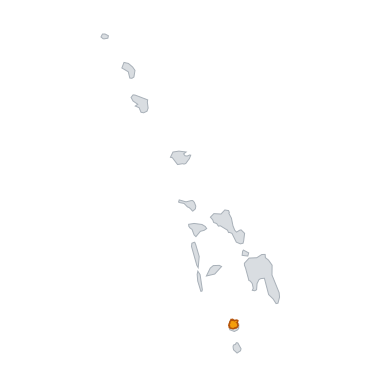 location of Gaua, Torba, Vanuatu, rotated 176°
{"feature_id": "77236927B45015777626882", "entity_name": "Gaua", "entity_type": "district", "adm_level": 2, "iso_a3": "VUT", "parent_name": "Vanuatu", "parent_adm1": "Torba", "projection": "orthographic", "projection_center": [167.515, -14.284], "detail": "fine", "context": "in_parent", "style": "filled", "palette": "amber", "viewbox_px": 384, "rotation_deg": 176, "n_neighbors": 0, "source": "geoboundaries", "source_scale": "gbopen_adm2", "svg_char_len": 4264}
<svg xmlns="http://www.w3.org/2000/svg" viewBox="0 0 384 384"><g transform="rotate(176 192 192)"><path d="M122.7,84.3L125.8,100.9L129.5,100.8L131.3,99.9L133.5,96.1L134.4,90.0L136.3,89.1L138.7,89.7L137.6,91.7L138.3,96.5L140.2,99.2L141.4,99.7L143.9,112.5L144.8,115.2L144.7,117.3L139.6,122.1L132.0,121.9L126.7,124.8L123.4,124.6L123.4,121.4L120.5,118.8L117.2,113.4L118.0,103.6L112.1,85.5L112.0,81.0L114.0,75.1L115.9,74.8L118.6,79.7L122.7,84.3ZM155.0,147.9L157.2,149.0L158.4,149.0L159.2,151.4L166.1,156.3L168.0,156.1L169.6,158.8L172.5,160.1L173.3,162.8L175.4,165.6L171.7,168.9L164.6,168.0L160.5,171.8L156.8,170.9L156.2,168.9L156.7,168.2L154.5,163.1L153.5,155.4L152.0,150.8L150.4,148.9L147.0,150.6L145.7,150.8L142.4,147.1L143.9,139.5L144.7,137.3L147.4,136.9L151.3,138.9L155.0,147.9ZM246.2,290.6L244.0,293.0L242.1,292.7L229.8,287.0L230.3,284.7L229.9,278.8L231.3,275.7L234.7,274.4L237.3,275.1L238.9,279.8L242.6,281.7L240.0,283.3L244.5,286.9L246.2,290.6ZM204.5,220.4L209.2,227.6L211.1,228.1L208.2,233.2L202.2,233.7L195.1,232.3L197.7,230.6L196.4,228.6L194.3,228.2L191.8,229.1L190.7,228.8L192.3,225.5L196.2,220.9L197.4,220.5L198.4,220.5L199.4,220.9L204.5,220.4ZM197.6,160.0L192.1,160.5L184.3,158.9L181.2,156.7L179.9,154.5L182.6,152.9L186.4,152.2L191.2,147.2L192.9,149.1L194.6,154.7L196.6,156.4L197.6,158.1L197.6,160.0ZM253.3,320.6L250.8,326.0L246.5,324.7L242.5,320.8L240.4,317.3L241.9,310.8L244.0,309.6L246.1,310.0L247.2,316.4L253.3,320.6ZM193.6,141.6L192.8,141.7L192.0,139.4L189.3,127.1L191.1,116.1L192.3,118.5L196.3,137.7L195.7,140.9L193.6,141.6ZM204.7,182.2L206.1,182.9L205.3,185.0L198.7,182.6L193.4,183.5L191.9,183.4L190.4,181.5L189.2,177.7L189.8,175.0L192.0,173.2L192.8,172.9L194.5,175.2L196.0,176.7L197.5,177.4L200.8,181.2L204.7,182.2ZM179.1,114.8L175.9,117.1L169.9,116.9L167.7,115.6L175.0,108.6L183.5,107.2L179.1,114.8ZM163.4,55.9L161.3,58.4L155.8,57.6L154.5,56.9L154.9,52.7L156.3,51.2L159.5,49.9L164.0,52.0L163.4,55.9ZM158.7,38.1L158.0,38.6L156.8,38.2L154.0,32.2L154.7,30.2L158.3,28.2L161.5,31.6L161.8,33.5L161.8,35.1L161.3,36.4L159.2,37.0L158.7,38.1ZM192.6,109.5L191.7,112.6L189.7,109.0L188.5,93.8L189.0,92.4L190.1,92.3L192.5,102.8L192.6,109.5ZM272.0,353.0L270.3,355.8L267.8,355.7L264.5,353.7L265.2,351.3L268.9,350.9L270.0,351.1L272.0,353.0ZM145.7,129.2L144.8,130.5L139.7,127.3L140.8,124.2L146.4,125.3L145.7,129.2Z" fill="#d9dde1" stroke="#a8b0b8" stroke-width="1"/><path d="M161.1,52.9L160.9,52.8L160.7,52.7L160.4,52.7L160.2,52.8L159.9,52.9L159.6,53.0L159.3,53.0L159.2,53.2L159.1,53.3L158.9,53.3L158.7,53.2L158.6,53.3L158.4,53.5L158.2,53.5L158.1,53.4L157.8,53.4L157.7,53.3L157.6,53.2L157.5,53.3L157.5,53.5L157.4,53.7L157.2,53.7L157.0,53.8L156.9,53.8L156.7,53.9L156.7,54.0L156.3,54.2L156.2,54.1L155.9,54.2L155.9,54.4L155.9,54.5L155.8,54.8L155.7,55.0L155.6,55.3L155.6,55.5L155.4,55.7L155.3,55.8L155.5,56.0L155.5,56.3L155.5,56.5L155.7,56.9L155.7,57.0L155.5,57.4L155.6,57.6L155.7,57.9L155.8,57.9L155.8,58.1L155.9,58.3L156.0,58.4L155.9,58.4L156.0,58.4L156.0,58.6L155.9,58.7L155.9,58.8L155.8,59.0L155.7,59.2L155.7,59.3L155.7,59.5L155.5,59.9L155.3,60.1L155.2,60.4L155.2,60.5L155.3,60.6L155.5,60.6L155.8,60.7L155.9,60.8L156.0,61.0L156.3,61.1L156.5,61.1L156.8,61.1L157.0,61.0L157.3,61.0L157.4,60.9L157.5,60.9L157.5,61.0L157.8,61.0L157.8,60.9L158.0,60.9L158.3,60.9L158.5,60.9L158.7,61.0L158.8,61.0L159.0,61.0L159.3,61.2L159.4,61.3L159.4,61.2L159.5,61.3L159.8,61.2L160.0,61.2L160.0,61.3L160.3,61.4L160.5,61.4L160.8,61.3L161.0,61.4L161.0,61.5L161.1,61.4L161.2,61.5L161.2,61.4L161.3,61.4L161.4,61.5L161.5,61.4L161.8,61.3L161.9,61.2L162.0,61.3L162.0,61.2L162.3,61.0L162.4,60.9L162.5,60.8L162.7,60.7L162.8,60.6L162.9,60.4L162.9,60.5L163.0,60.4L163.1,60.2L163.2,59.9L163.3,59.8L163.3,59.7L163.4,59.4L163.4,59.2L163.4,58.9L163.5,58.9L163.5,58.7L163.6,58.4L163.8,58.3L163.9,58.2L164.0,58.1L164.1,57.9L164.2,57.7L164.3,57.4L164.2,57.2L164.2,56.9L164.3,56.8L164.4,56.7L164.5,56.6L164.5,56.4L164.6,56.2L164.5,55.9L164.3,55.8L164.4,55.7L164.3,55.4L164.2,55.3L164.2,55.2L164.1,55.3L164.0,55.2L163.9,55.1L164.0,54.9L164.0,55.0L164.1,54.9L164.2,54.7L164.1,54.4L163.9,54.3L163.9,54.2L163.8,53.9L163.7,53.8L163.6,53.7L163.4,53.6L163.2,53.7L162.9,53.4L162.7,53.3L162.4,53.4L162.2,53.2L161.9,53.1L161.7,53.1L161.4,53.0L161.1,52.9Z" fill="#f59e0b" stroke="#b45309" stroke-width="1.5"/></g></svg>